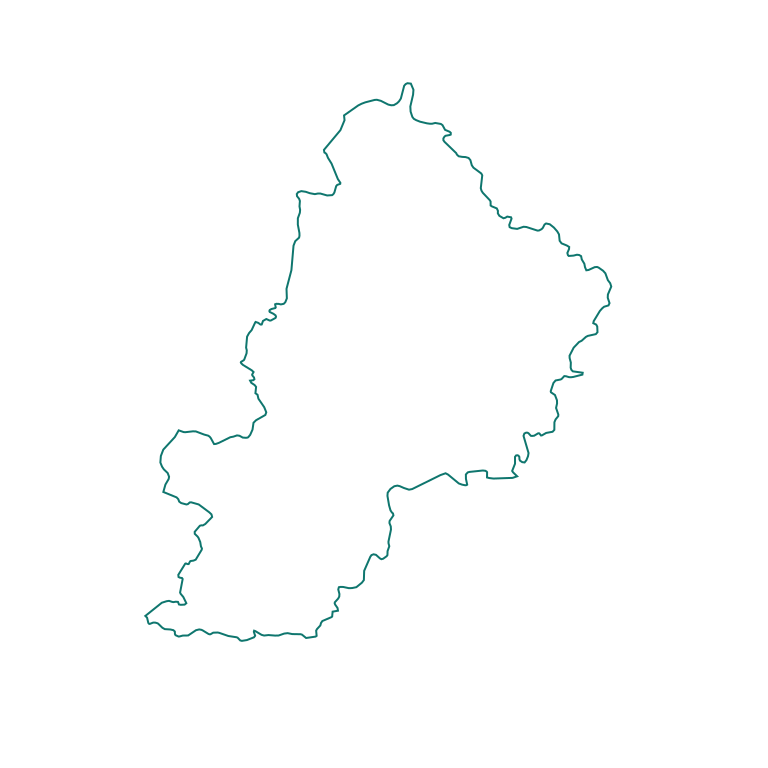 outline of Vladimir, rotated 285°
{"feature_id": "RUS-2376", "entity_name": "Vladimir", "entity_type": "Region", "adm_level": 1, "iso_a3": "RUS", "parent_name": "Russia", "parent_adm1": "", "projection": "orthographic", "projection_center": [40.326, 55.967], "detail": "fine", "context": "isolated", "style": "outline", "palette": "teal", "viewbox_px": 768, "rotation_deg": 285, "n_neighbors": 0, "source": "natural_earth", "source_scale": "10m", "svg_char_len": 6136}
<svg xmlns="http://www.w3.org/2000/svg" viewBox="0 0 768 768"><g transform="rotate(285 384 384)"><path d="M211.1,252.4L213.4,251.1L214.8,248.5L219.7,236.2L219.8,228.4L219.3,227.0L217.2,225.6L216.5,224.3L216.5,218.9L217.4,216.6L219.5,215.1L220.8,213.0L222.6,198.8L230.3,198.9L236.5,200.6L238.8,200.4L242.0,198.1L244.6,193.4L246.7,191.0L250.3,188.3L256.7,187.1L263.5,187.8L278.6,195.7L286.1,197.7L285.7,202.9L286.0,204.5L288.8,211.6L289.5,214.5L288.6,223.4L288.6,227.6L288.0,229.2L287.0,230.6L282.0,235.4L282.6,237.1L284.3,239.6L292.8,249.3L294.2,252.2L296.3,255.3L296.6,257.8L295.7,261.4L296.3,264.6L296.9,266.0L297.4,266.6L300.2,267.9L305.9,268.8L312.8,268.0L315.9,269.8L323.4,277.4L326.2,277.6L330.6,274.3L337.3,266.5L340.9,264.6L341.8,262.2L348.1,261.2L349.5,259.3L350.8,255.5L352.6,253.8L353.8,256.7L355.0,257.6L356.6,256.8L358.2,254.6L359.0,254.2L361.8,254.9L363.0,252.7L365.9,242.9L367.0,240.8L367.8,240.1L368.4,240.2L370.7,242.4L371.6,242.7L378.1,243.3L381.1,242.7L383.4,241.4L394.3,239.5L398.3,240.5L401.8,242.2L409.8,243.6L410.7,243.9L410.5,246.8L409.6,248.9L409.5,249.8L409.9,250.5L413.6,250.8L416.3,253.5L415.7,257.2L416.0,258.2L419.7,262.1L421.0,262.3L422.2,261.5L423.2,259.0L424.0,255.0L424.8,254.4L425.9,254.5L427.3,255.9L429.2,259.3L429.9,259.6L432.8,258.2L433.6,259.3L434.1,261.4L434.2,263.8L435.5,266.4L437.5,267.5L441.6,268.0L450.7,265.2L470.0,265.1L494.2,260.8L499.0,261.3L503.4,264.1L505.3,264.0L508.0,263.2L515.7,259.5L521.8,257.9L527.6,258.4L530.5,257.9L533.7,256.4L539.0,255.4L540.9,254.1L542.9,251.4L544.9,250.6L547.0,251.4L548.9,254.2L549.4,258.7L549.1,263.0L549.5,268.1L550.8,270.7L551.5,273.1L551.4,280.3L553.0,285.0L554.2,285.9L556.1,286.5L562.7,286.6L564.2,287.3L566.0,289.9L567.0,289.8L570.0,286.4L583.3,276.3L588.0,271.3L591.0,269.1L591.8,267.9L592.2,266.5L594.6,265.4L617.9,276.2L628.6,277.6L633.1,275.9L646.4,287.0L648.9,289.8L651.2,293.0L656.0,301.5L656.7,303.6L656.7,307.7L655.0,315.8L655.1,318.8L655.9,321.3L658.5,323.9L660.8,325.3L664.1,326.4L677.3,326.3L679.3,327.3L680.6,328.8L681.1,332.2L675.8,336.3L671.0,337.2L658.9,337.6L654.0,339.2L649.4,342.2L647.9,344.1L647.2,346.7L646.7,350.9L646.9,358.0L647.3,361.1L647.9,363.2L649.4,365.9L649.9,371.6L649.2,373.5L645.3,377.2L644.6,382.2L643.9,383.5L642.2,383.9L641.5,383.0L639.7,379.2L638.6,378.4L636.6,377.8L634.8,378.3L633.5,379.9L625.7,394.0L624.5,395.0L623.3,397.2L623.6,400.6L624.3,404.1L624.2,407.2L622.6,409.5L618.0,412.2L616.1,414.4L612.5,423.5L611.0,424.9L598.2,426.8L596.0,428.1L594.3,429.9L589.0,438.5L587.9,439.7L584.0,440.8L583.5,442.2L582.8,447.5L580.8,449.2L578.3,449.8L576.3,451.9L575.0,456.5L576.0,458.2L577.6,459.7L577.9,463.6L576.7,464.4L570.0,463.8L568.0,464.8L567.6,467.1L568.3,472.5L572.0,478.1L572.5,480.9L571.9,492.5L572.4,494.0L574.3,496.1L575.9,497.0L579.6,497.8L581.0,499.0L581.2,502.8L579.1,507.6L576.2,511.9L573.8,514.3L567.8,516.6L565.8,519.1L565.1,524.7L564.3,527.4L562.3,527.8L558.0,527.2L556.1,528.3L555.5,529.3L557.1,533.9L558.8,536.9L559.1,539.1L558.5,541.3L555.5,542.8L552.0,546.4L548.9,547.9L546.2,550.0L547.1,552.1L551.4,557.3L552.2,559.5L552.0,561.1L550.1,566.3L548.2,569.2L542.2,573.4L539.9,576.4L536.9,578.3L528.4,577.1L525.2,577.8L520.5,580.9L518.0,580.5L515.6,576.6L513.6,575.2L510.4,573.6L499.0,570.3L496.9,570.4L496.3,573.6L494.7,575.1L489.3,576.8L487.0,575.7L483.2,568.4L481.7,566.8L476.9,563.7L475.0,561.5L468.2,557.8L459.4,555.9L457.1,556.6L453.1,558.9L448.0,560.1L446.2,561.3L445.1,563.1L446.3,573.0L444.4,573.2L439.8,565.0L438.9,562.8L438.5,560.9L438.6,557.9L438.3,556.1L434.9,554.3L434.1,553.5L431.8,548.8L428.8,547.4L420.2,546.9L419.2,547.4L417.6,552.0L413.0,555.3L410.0,556.2L405.4,556.4L399.6,560.3L398.0,560.6L394.2,558.9L391.2,558.5L383.8,560.4L381.5,559.2L378.7,553.3L375.3,549.9L374.9,549.0L376.5,546.8L376.3,545.7L372.9,542.4L372.1,540.3L372.0,539.2L373.8,536.4L374.1,535.3L373.8,533.9L372.5,532.4L370.0,532.2L354.7,541.5L351.5,541.8L347.4,541.3L344.6,540.1L344.3,537.7L345.2,535.2L346.4,534.3L348.6,533.6L349.6,532.4L349.7,531.4L349.2,530.1L347.5,529.4L340.9,531.2L333.2,530.3L332.1,531.5L329.3,536.5L326.6,532.5L321.0,514.2L320.4,510.0L320.4,507.7L325.5,506.4L326.0,505.8L326.4,504.3L326.0,501.8L321.2,489.3L320.3,487.8L317.8,486.5L313.6,487.7L308.3,490.4L307.7,489.9L307.2,488.7L307.0,485.4L307.3,482.0L313.1,469.3L313.7,466.6L310.7,462.2L289.8,438.4L288.4,435.5L288.7,430.2L289.4,425.6L289.3,423.2L287.9,420.4L284.3,417.4L280.0,415.7L276.8,416.3L268.1,420.3L263.6,423.0L261.9,424.9L261.3,426.2L259.5,427.1L253.3,424.9L252.2,425.0L251.0,425.3L248.2,427.4L245.2,428.4L232.9,429.1L231.3,429.6L228.7,431.1L223.5,430.7L219.6,431.6L218.3,431.1L215.0,428.4L214.1,426.8L214.5,425.2L216.9,420.5L216.8,418.0L215.5,416.2L213.6,415.5L198.4,413.2L189.4,415.3L186.4,414.1L180.6,409.9L178.6,405.9L177.7,402.9L177.4,397.2L176.7,394.3L176.0,393.0L173.7,393.0L169.6,395.3L167.1,395.8L164.9,395.3L160.4,393.0L159.4,393.1L158.3,393.9L155.6,397.1L153.1,398.2L150.8,393.3L146.0,394.1L145.3,393.7L139.1,385.8L136.8,385.0L134.3,385.0L129.9,382.7L128.2,382.3L123.3,384.1L122.3,383.3L118.5,374.5L120.7,369.6L120.7,368.1L118.7,360.1L118.4,355.4L117.1,352.2L113.8,347.3L112.8,343.9L111.6,337.4L110.0,333.3L110.0,330.7L112.0,323.7L112.1,322.4L110.9,322.4L107.5,324.7L105.7,324.0L101.2,317.9L99.1,313.2L99.1,311.5L101.1,308.2L101.2,307.0L100.3,298.9L101.0,289.1L100.9,287.7L99.6,283.4L97.4,281.2L97.1,280.4L97.1,279.3L99.1,272.5L99.3,271.2L99.1,269.0L97.5,266.1L90.4,259.9L88.9,254.7L87.2,251.8L86.9,250.9L87.4,247.7L88.3,246.8L90.8,246.0L91.7,244.3L91.6,241.2L90.5,235.7L91.2,233.0L94.1,227.8L94.3,226.7L94.3,224.8L93.8,222.8L91.6,219.8L91.6,219.0L92.2,218.2L97.0,215.6L98.2,213.5L115.2,226.0L117.9,230.2L118.9,232.5L118.7,235.6L118.8,237.0L119.8,239.2L120.2,241.4L118.0,243.0L118.1,244.8L119.3,248.5L121.1,249.8L126.3,245.3L128.7,241.9L129.8,241.0L143.5,240.0L144.3,239.1L144.1,236.9L144.4,235.5L146.4,234.7L159.0,238.5L159.4,239.1L159.2,240.8L159.5,241.9L162.5,242.6L163.0,243.1L164.1,245.7L165.6,247.6L176.7,250.8L178.0,250.7L179.8,249.2L183.8,247.4L187.4,244.6L188.4,243.4L190.3,240.0L192.2,239.4L199.4,242.8L200.2,244.1L200.5,245.6L202.5,247.6L211.1,252.4Z" fill="none" stroke="#0f766e" stroke-width="2"/></g></svg>